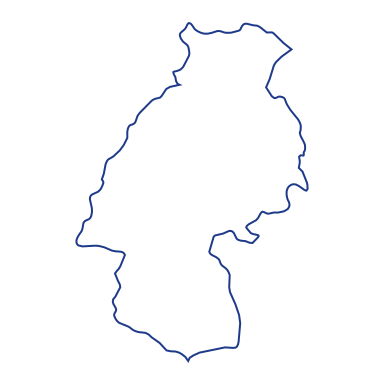 map outline of Huancavelica (Mercator projection)
{"feature_id": "PER-588", "entity_name": "Huancavelica", "entity_type": "Department", "adm_level": 1, "iso_a3": "PER", "parent_name": "Peru", "parent_adm1": "", "projection": "mercator", "projection_center": [-74.962, -13.06], "detail": "fine", "context": "isolated", "style": "outline", "palette": "blue", "viewbox_px": 384, "rotation_deg": 0, "n_neighbors": 0, "source": "natural_earth", "source_scale": "10m", "svg_char_len": 4076}
<svg xmlns="http://www.w3.org/2000/svg" viewBox="0 0 384 384"><path d="M291.5,49.4L281.5,56.7L276.1,62.0L274.8,63.9L273.8,65.7L269.7,79.0L266.1,87.4L271.7,96.1L272.8,97.0L274.3,98.1L275.2,98.0L276.1,97.8L276.9,97.5L278.2,96.8L279.2,96.6L280.4,96.6L282.6,97.2L283.7,97.8L284.5,98.5L284.9,99.2L286.6,103.7L287.5,105.3L290.3,109.8L298.0,119.3L299.5,121.9L300.4,124.2L300.8,126.0L300.7,129.1L300.4,131.0L299.8,132.6L300.1,134.1L300.8,136.3L304.3,143.1L304.9,144.8L305.1,146.7L305.1,148.7L305.0,149.6L304.8,150.4L304.0,151.9L303.7,152.5L303.7,153.3L303.8,154.1L303.8,154.8L303.6,155.3L303.5,155.5L303.2,155.6L301.1,155.3L300.6,155.4L300.2,155.7L299.1,156.7L299.8,161.5L299.7,163.0L298.8,167.9L302.5,171.6L306.9,182.6L307.4,185.0L307.6,188.8L306.4,190.6L305.4,190.4L304.2,189.8L299.5,186.4L296.2,184.6L293.9,184.2L292.0,184.5L290.6,185.2L289.3,186.1L288.3,187.2L287.5,188.6L286.9,190.1L286.6,191.9L286.6,193.8L286.7,195.7L287.5,199.2L288.9,202.0L289.3,203.4L289.5,204.9L289.1,206.8L287.9,208.9L285.3,210.6L283.2,211.5L277.8,212.6L274.7,212.5L272.9,212.7L269.6,213.5L268.0,213.7L266.4,213.3L263.8,212.0L262.6,211.7L261.5,212.3L260.6,213.4L258.1,218.0L256.1,220.2L248.7,224.3L246.8,226.0L246.2,227.4L247.2,228.8L250.8,233.1L252.2,233.7L254.1,234.3L256.0,234.6L258.3,235.3L258.7,236.1L257.9,237.4L252.5,243.0L249.4,242.7L247.5,241.9L245.3,241.1L241.0,240.7L238.6,240.0L237.0,239.1L236.3,238.0L234.0,233.3L233.0,232.1L231.7,231.1L230.2,230.9L228.7,231.1L223.0,233.6L215.3,235.4L214.3,236.0L213.6,237.0L209.3,251.7L209.8,253.0L210.6,254.0L211.9,255.0L216.2,257.2L218.6,259.0L219.2,259.9L219.5,260.4L220.1,262.2L220.7,263.6L221.5,264.9L222.6,266.0L225.1,267.8L226.2,268.8L227.1,269.8L227.7,270.6L228.8,272.6L229.7,275.2L229.2,287.2L230.0,292.1L235.5,304.5L239.1,315.1L240.2,323.2L238.6,341.7L238.0,344.5L236.9,346.6L235.6,347.6L233.2,347.9L225.0,347.4L199.6,352.6L193.4,355.4L189.7,357.8L188.2,361.0L185.3,356.9L182.0,354.3L179.3,352.7L177.2,352.0L175.3,351.5L170.8,351.3L166.5,350.4L159.7,343.0L151.5,337.2L148.7,334.5L146.6,333.4L145.2,332.8L139.5,332.2L137.4,331.8L134.4,330.7L132.2,329.4L129.7,327.4L127.9,326.4L119.1,322.8L117.2,321.1L115.9,319.4L114.5,316.6L114.1,315.2L114.4,313.7L115.8,311.1L116.2,309.7L115.8,308.2L113.5,304.1L113.0,302.6L112.8,301.3L113.2,299.3L115.4,296.6L120.2,287.4L120.0,285.2L119.4,283.6L117.9,280.7L115.0,273.5L116.7,271.1L118.8,268.8L120.4,266.1L124.9,255.0L124.0,253.3L122.6,252.3L120.9,251.7L115.4,251.3L112.0,250.6L104.3,247.3L99.2,246.0L96.1,245.7L92.9,245.8L82.5,246.4L78.3,245.4L77.2,244.3L76.6,242.9L76.4,241.2L76.7,239.5L77.3,237.9L78.8,235.1L81.5,231.3L82.1,229.8L82.6,228.1L83.2,224.2L83.7,222.5L84.7,221.3L85.9,220.5L88.9,219.2L90.3,217.9L91.2,216.0L91.9,212.6L92.0,210.1L91.8,207.9L89.9,199.3L90.1,197.1L90.9,195.5L92.1,194.5L97.9,191.8L99.4,190.6L100.9,188.8L102.5,185.4L103.2,183.4L103.4,182.3L103.2,181.7L102.9,181.0L101.8,179.4L103.8,173.8L105.6,164.3L106.8,161.4L108.0,159.6L113.3,156.5L119.8,150.4L123.8,144.9L127.3,137.9L127.3,133.3L127.3,131.7L127.9,128.6L128.6,127.0L129.5,125.6L131.1,124.8L132.5,124.4L134.0,123.6L135.2,122.4L136.1,120.1L137.4,116.2L138.5,114.5L140.1,112.5L151.6,100.8L153.5,99.5L156.2,98.5L158.3,98.1L160.2,97.5L161.7,95.9L166.2,89.1L169.9,86.9L179.5,84.8L178.2,84.2L177.9,84.0L177.4,83.5L176.3,81.6L176.0,80.9L175.4,77.2L173.9,74.4L173.6,73.7L173.3,72.1L173.7,71.8L174.5,71.5L176.8,71.0L179.9,69.9L181.6,68.6L182.8,67.3L183.6,66.1L188.9,55.9L189.3,54.1L189.3,52.3L188.7,48.7L188.3,47.0L187.6,45.6L186.6,44.5L183.0,41.6L181.2,39.0L180.5,37.6L180.0,36.1L179.8,34.6L180.4,33.2L181.4,32.1L184.8,29.2L185.6,28.0L186.3,26.9L187.2,24.8L188.0,23.7L189.0,23.0L190.7,23.7L191.7,24.7L194.5,28.8L195.5,29.8L196.7,30.6L197.8,31.3L199.8,32.3L202.8,33.4L205.0,33.7L207.5,33.7L211.2,33.0L217.1,31.1L219.1,31.0L221.5,31.5L223.3,32.2L225.4,32.7L227.7,32.8L231.1,32.7L238.7,30.7L239.7,30.1L240.4,29.4L241.4,27.2L242.3,25.7L243.3,24.7L243.9,24.2L244.6,23.9L245.7,23.7L247.1,23.8L253.3,25.3L257.2,25.7L260.0,27.1L266.8,32.5L271.3,32.4L272.3,32.5L273.8,33.5L283.5,43.0L291.5,49.4Z" fill="none" stroke="#1e3a8a" stroke-width="2"/></svg>